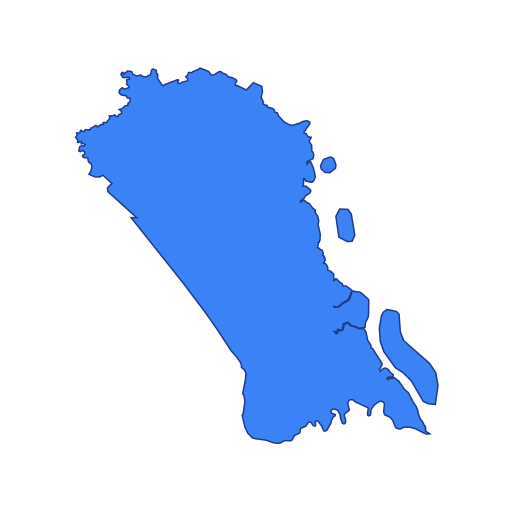 Huaquillas, El Oro, Ecuador, rotated 81°
{"feature_id": "8360857B41959203551937", "entity_name": "Huaquillas", "entity_type": "district", "adm_level": 2, "iso_a3": "ECU", "parent_name": "Ecuador", "parent_adm1": "El Oro", "projection": "natural_earth1", "projection_center": [-80.198, -3.46], "detail": "fine", "context": "isolated", "style": "filled", "palette": "blue", "viewbox_px": 512, "rotation_deg": 81, "n_neighbors": 0, "source": "geoboundaries", "source_scale": "gbopen_adm2", "svg_char_len": 6066}
<svg xmlns="http://www.w3.org/2000/svg" viewBox="0 0 512 512"><g transform="rotate(81 256 256)"><path d="M432.7,208.1L430.2,207.3L427.4,205.1L426.1,202.7L425.0,202.5L423.1,205.9L421.1,206.4L419.3,204.8L419.3,203.2L420.5,200.2L421.7,199.2L425.3,197.9L430.5,197.8L434.7,196.9L435.6,195.4L435.4,194.3L433.5,193.3L430.4,193.2L428.5,193.8L426.1,193.5L422.8,187.9L415.7,188.4L413.4,187.0L412.7,185.7L413.1,182.9L415.7,180.7L423.2,169.4L424.6,169.0L428.3,170.4L430.8,170.6L431.5,169.7L431.3,168.3L430.7,167.7L425.7,166.4L422.5,163.5L421.4,162.1L419.3,157.9L418.9,156.3L419.1,155.0L420.1,153.0L422.2,152.3L429.6,154.2L432.4,154.0L433.3,153.4L436.2,148.8L439.7,146.7L446.7,145.1L448.1,144.1L449.2,141.8L449.4,140.3L448.2,136.4L449.2,130.6L451.4,125.8L457.5,117.4L458.6,115.2L458.8,112.2L456.0,115.4L454.7,116.0L453.5,115.3L452.8,115.7L450.8,115.3L449.5,116.3L446.2,117.2L442.6,119.2L436.9,120.4L433.6,120.4L429.5,121.4L425.1,123.5L414.7,127.0L411.1,130.2L402.2,134.3L398.4,137.8L398.0,138.5L398.1,141.6L397.3,142.7L397.8,143.6L399.0,144.5L397.6,146.0L396.3,144.5L396.9,140.3L396.3,139.2L394.7,139.1L392.7,141.0L389.1,142.9L387.2,145.0L386.8,146.8L387.6,149.1L389.3,151.2L387.3,151.8L383.4,148.6L381.7,148.4L365.6,155.3L364.8,156.8L362.4,156.4L356.6,158.9L348.8,159.2L345.6,160.3L344.6,161.5L344.0,166.0L341.5,169.2L340.1,172.7L338.9,174.4L336.4,175.4L336.2,175.9L338.2,180.4L340.6,180.5L342.4,181.5L343.2,183.7L342.2,186.6L344.7,187.2L345.3,188.0L345.2,189.2L343.5,189.8L343.0,190.6L342.8,189.6L344.1,188.6L344.1,188.1L341.6,187.1L341.2,186.2L342.5,184.0L342.4,182.4L336.7,180.4L335.7,176.2L336.4,174.8L338.4,173.8L339.8,172.4L341.3,168.5L343.3,166.0L343.7,159.5L339.0,158.4L334.7,155.2L331.9,154.1L317.1,151.5L315.5,152.3L308.9,157.9L307.8,159.3L307.1,162.4L305.9,164.9L306.0,165.9L307.0,167.2L312.7,169.9L314.6,172.0L316.3,177.4L319.2,181.9L319.2,186.2L317.5,187.7L319.0,184.6L319.0,183.2L317.9,180.8L316.1,178.3L313.9,172.5L312.2,170.6L310.6,170.1L305.3,166.6L303.6,167.7L299.7,171.8L299.1,174.9L297.0,175.1L294.8,177.4L291.1,180.2L291.0,181.2L292.5,182.2L292.3,183.1L286.2,182.1L283.0,184.3L281.2,187.3L278.8,186.9L275.7,187.7L274.2,188.9L273.8,190.4L270.8,188.2L267.7,188.5L266.8,188.8L265.7,190.1L264.2,189.1L261.5,189.5L260.2,190.2L259.5,191.7L258.0,192.6L257.6,193.8L257.2,193.9L254.3,192.7L252.8,192.7L252.4,191.5L250.2,190.3L244.5,189.1L234.8,189.8L231.0,188.5L226.5,188.8L222.1,190.7L219.7,190.3L217.7,192.4L212.3,195.3L211.2,197.3L208.7,199.4L208.6,200.9L209.8,203.6L209.4,203.8L208.4,203.1L206.8,199.7L204.4,197.8L202.1,192.8L200.6,191.8L199.3,191.7L194.8,195.7L194.3,198.7L192.8,197.9L186.9,196.9L187.0,196.1L189.7,195.2L191.7,190.4L191.8,188.9L190.8,187.2L187.1,185.0L178.4,185.5L171.6,187.2L171.0,188.9L173.2,191.1L170.8,190.7L168.8,184.5L165.2,183.1L162.5,183.5L161.3,184.4L155.2,183.8L152.0,185.3L150.4,185.2L147.7,183.0L147.2,183.1L146.6,186.0L143.2,187.1L142.1,189.3L141.1,189.1L133.7,182.0L132.2,182.0L130.3,184.5L130.5,188.8L131.6,192.1L132.7,199.9L131.7,202.2L129.4,205.5L127.4,207.7L120.9,211.9L118.1,212.4L116.7,215.2L114.7,215.0L113.5,215.8L111.9,218.5L111.4,220.5L108.6,221.9L108.8,223.1L106.6,225.5L105.6,224.6L102.0,225.4L100.8,226.3L94.5,223.9L89.4,223.7L84.4,231.5L90.5,239.5L84.7,248.0L84.2,249.6L81.6,249.1L80.2,247.5L78.4,248.4L76.1,251.7L74.6,255.5L72.3,256.7L69.9,260.6L68.1,262.2L68.3,264.2L70.3,268.3L70.4,271.8L66.2,274.0L61.6,281.9L62.7,283.9L64.1,289.7L65.0,290.8L64.2,293.3L64.4,294.1L66.9,295.3L67.8,297.3L70.9,295.6L71.8,295.9L72.3,296.7L72.8,302.1L73.7,303.7L73.6,304.9L72.5,306.2L71.3,305.8L70.5,304.9L69.8,305.2L69.6,306.0L72.5,319.6L73.4,320.9L72.5,322.0L65.9,325.1L63.9,325.5L63.2,324.9L61.1,324.8L59.5,325.7L57.0,325.4L55.2,328.3L55.4,329.4L56.6,330.3L60.3,331.8L61.6,335.6L61.8,337.7L60.7,340.3L59.1,341.5L59.7,345.4L58.5,347.6L57.2,349.2L54.4,350.0L53.2,353.9L54.1,355.1L54.4,356.7L55.6,357.0L55.9,357.8L55.4,358.6L54.0,358.6L53.8,359.8L55.6,361.0L58.6,359.8L59.4,357.9L59.1,356.0L59.7,353.3L60.3,352.9L61.8,353.5L61.2,355.5L61.9,356.4L63.7,356.2L66.2,357.0L68.3,355.0L69.7,355.2L70.7,359.3L68.9,361.9L70.4,364.5L72.8,365.7L74.0,365.4L76.0,363.7L77.4,359.3L80.0,358.1L80.2,356.2L80.7,355.8L84.0,356.2L85.0,358.5L87.2,359.0L87.2,361.8L89.6,365.3L89.9,368.2L92.2,366.2L94.1,366.4L95.3,369.9L96.7,370.8L96.5,372.0L94.5,373.4L95.1,375.9L94.7,379.0L96.7,378.8L97.5,379.3L101.1,383.3L100.2,385.2L100.6,386.4L102.3,386.5L102.0,388.9L103.8,392.1L102.2,393.4L102.0,394.2L103.5,397.3L104.0,399.3L105.4,399.9L104.5,404.9L106.1,406.2L106.3,407.1L104.4,409.2L105.2,410.2L107.0,410.8L107.1,411.6L106.2,413.5L106.4,414.0L108.6,413.8L110.6,415.5L113.8,413.9L115.9,414.5L116.3,413.7L115.4,412.1L115.8,410.7L117.9,411.1L117.8,408.9L119.2,407.2L120.3,408.5L119.9,411.1L120.6,413.1L124.4,414.6L125.5,413.3L124.7,410.8L126.1,409.0L128.5,409.3L129.5,411.4L130.6,411.8L131.8,410.5L132.9,406.9L136.9,406.7L139.1,404.5L140.5,404.2L142.0,404.2L145.7,405.4L149.2,408.2L152.7,402.7L153.5,397.7L152.3,394.9L152.6,394.3L161.8,387.0L165.5,392.1L169.1,392.3L199.6,367.8L198.5,373.4L269.5,333.2L302.8,315.4L321.7,306.2L346.0,295.2L353.0,290.7L358.5,288.1L361.6,287.5L363.8,287.8L366.5,285.3L370.3,284.3L376.8,285.9L389.7,290.6L392.7,289.7L398.4,289.8L409.3,293.2L411.2,294.6L423.3,293.7L429.7,291.8L435.1,288.0L436.3,285.4L439.4,275.1L442.5,269.4L444.3,265.0L444.5,261.1L442.8,256.4L444.0,250.4L443.3,249.1L439.4,246.1L437.6,240.4L433.3,238.9L432.0,233.6L428.3,230.0L428.5,228.5L429.4,227.4L432.4,226.1L433.2,224.0L432.9,223.6L428.8,223.2L428.2,222.6L428.5,220.9L433.7,218.0L439.5,216.3L439.7,214.4L438.8,212.9L432.7,208.1ZM403.5,122.2L425.8,113.5L428.9,109.0L430.6,102.1L412.3,96.5L399.4,96.7L389.3,101.3L362.8,123.3L353.5,125.3L335.8,123.8L332.8,125.9L329.3,134.9L331.2,138.8L334.5,141.4L346.6,145.5L360.3,146.6L370.7,144.6L388.2,135.8L394.2,129.0L403.5,122.2ZM256.1,163.5L256.5,158.8L251.0,155.2L229.7,155.3L224.3,157.9L222.7,166.0L229.3,170.9L250.4,171.2L256.1,163.5ZM180.4,177.9L184.2,174.8L185.3,170.1L181.7,163.7L178.4,162.8L172.1,164.0L169.8,166.9L171.2,174.3L177.1,178.2L180.4,177.9Z" fill="#3b82f6" stroke="#1e3a8a" stroke-width="1.5"/></g></svg>